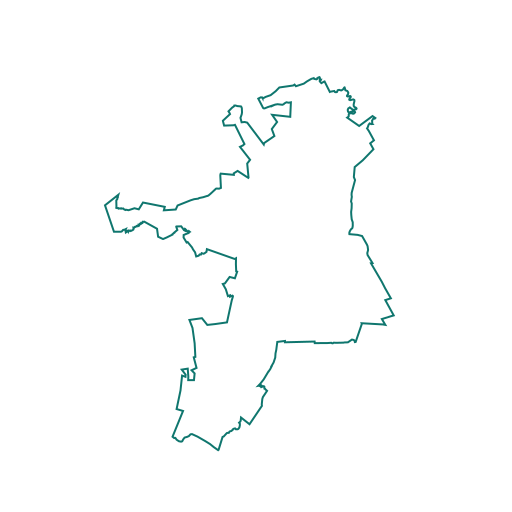 Ixtlahuaca, México, Mexico, rotated 230°
{"feature_id": "50627088B15335958554476", "entity_name": "Ixtlahuaca", "entity_type": "district", "adm_level": 2, "iso_a3": "MEX", "parent_name": "Mexico", "parent_adm1": "México", "projection": "natural_earth1", "projection_center": [-99.782, 19.602], "detail": "fine", "context": "isolated", "style": "outline", "palette": "teal", "viewbox_px": 512, "rotation_deg": 230, "n_neighbors": 0, "source": "geoboundaries", "source_scale": "gbopen_adm2", "svg_char_len": 6148}
<svg xmlns="http://www.w3.org/2000/svg" viewBox="0 0 512 512"><g transform="rotate(230 256 256)"><path d="M332.1,422.0L334.0,418.7L334.2,418.0L345.5,420.7L345.6,420.4L345.8,420.4L346.4,417.2L348.8,417.1L349.5,418.0L349.1,418.7L349.3,419.1L350.0,418.2L351.0,419.2L351.6,419.5L352.2,419.6L352.7,418.4L352.6,417.8L352.8,417.3L352.3,416.9L352.5,415.8L354.2,414.5L355.1,414.6L355.2,414.0L355.7,413.4L356.2,411.9L357.0,407.2L357.3,403.4L360.4,395.7L362.5,395.7L362.7,394.1L370.1,382.2L369.6,377.0L369.8,370.6L371.7,365.6L372.2,363.0L372.9,362.8L372.7,362.6L373.1,362.7L374.5,361.6L375.1,358.9L364.8,356.6L364.0,356.9L363.5,357.6L362.5,360.7L360.4,366.1L360.3,365.8L359.8,367.6L358.5,370.0L354.9,373.4L354.5,374.7L354.6,375.9L354.2,378.1L352.4,379.6L351.3,381.5L340.6,371.7L353.8,359.1L345.1,358.3L343.1,349.7L336.1,347.2L337.3,334.8L336.4,333.6L363.8,335.0L365.9,333.5L367.7,330.9L371.8,332.9L373.7,336.1L375.0,337.6L378.4,340.2L380.0,340.7L380.3,340.6L382.8,338.1L384.5,337.0L385.2,336.1L384.8,335.4L385.0,333.1L384.5,327.9L382.8,327.7L381.4,327.3L380.9,317.6L380.4,317.3L376.4,315.4L370.6,322.8L370.0,324.2L349.2,319.1L349.1,317.1L349.9,313.9L333.5,313.3L332.5,308.7L320.9,300.7L320.8,300.3L333.0,296.6L333.6,292.1L332.4,291.2L341.8,281.9L341.4,281.2L340.5,280.3L330.7,272.9L331.3,271.0L333.0,269.2L333.3,268.6L332.9,261.0L332.9,258.7L333.1,257.6L333.4,257.2L335.0,253.3L336.9,249.8L337.1,248.6L339.3,245.1L340.7,241.7L345.1,228.4L343.2,224.4L350.2,214.8L352.3,217.7L369.6,203.8L367.1,196.2L370.7,193.6L373.0,187.8L375.1,186.1L375.2,185.5L376.6,184.9L377.8,184.8L378.4,183.8L379.2,183.4L379.1,183.0L380.3,181.9L380.6,181.2L381.4,181.2L381.9,180.4L382.7,179.9L383.5,180.8L388.4,184.7L388.7,186.2L389.5,187.0L389.6,187.7L390.6,188.7L391.4,189.9L391.9,172.9L365.9,162.8L361.4,168.1L361.1,169.1L361.4,171.0L360.6,172.3L360.3,173.6L359.7,172.5L357.9,171.5L358.0,172.7L357.5,172.6L357.5,173.5L357.9,173.9L357.5,174.7L356.8,174.3L357.0,174.8L356.8,175.3L355.9,175.8L356.0,176.4L355.5,176.6L355.1,178.3L355.1,179.1L355.5,179.3L355.8,180.0L356.6,180.4L356.0,181.0L356.2,181.9L355.8,182.3L355.7,183.1L355.3,183.7L355.7,184.0L355.4,185.0L354.4,185.4L354.5,186.0L355.1,186.3L354.8,186.5L354.8,187.0L355.3,187.2L355.3,187.5L354.8,187.4L354.7,188.1L355.0,188.3L355.2,189.0L354.5,189.1L354.5,189.7L354.3,190.1L354.8,190.5L355.1,191.2L354.2,192.1L354.1,192.5L340.5,197.7L333.7,193.4L328.9,195.6L328.7,195.8L327.6,199.5L326.1,205.7L326.4,205.9L326.3,208.2L326.5,208.2L326.5,212.5L329.7,213.7L329.8,214.0L326.8,217.8L322.3,217.5L322.1,217.9L322.6,219.0L322.4,219.1L320.8,219.2L321.0,217.9L320.2,218.2L320.0,219.2L319.2,219.2L318.6,219.9L317.8,219.6L318.2,220.6L317.1,220.8L317.4,219.4L317.0,219.2L318.6,214.1L316.7,212.4L310.9,211.5L310.6,212.6L303.7,212.5L301.5,212.0L298.0,211.7L294.1,209.9L293.1,212.2L293.4,213.8L292.5,214.7L293.1,216.2L291.6,217.1L291.2,218.0L291.0,220.7L292.8,222.8L268.4,237.2L267.3,237.9L267.1,239.2L262.6,235.3L257.0,231.0L256.1,231.5L252.5,225.5L256.9,222.3L255.0,214.6L255.9,212.6L249.9,211.5L243.3,208.7L242.6,210.8L241.5,210.0L240.9,212.4L240.4,212.6L239.8,212.3L237.6,208.9L223.8,191.1L230.1,181.0L234.5,174.4L243.1,174.6L249.8,163.9L241.7,161.1L228.6,152.9L217.7,144.7L218.4,143.2L208.5,138.5L209.9,133.2L205.5,133.5L200.8,128.7L204.5,124.3L207.2,126.7L213.6,131.3L216.7,126.1L210.3,125.8L208.8,124.3L211.9,122.5L201.5,111.7L189.8,96.8L184.2,100.5L171.2,75.9L169.1,76.3L168.8,77.1L168.4,77.3L166.3,77.1L163.6,77.9L161.9,79.3L161.5,80.4L162.3,82.3L162.8,84.6L161.7,87.0L161.2,88.8L161.5,91.2L160.7,92.5L155.2,95.1L146.7,98.2L141.5,99.9L136.8,100.8L131.6,102.2L131.6,102.8L138.9,114.1L138.5,115.3L139.1,119.7L139.0,120.2L138.0,121.5L138.5,122.7L138.4,123.4L137.8,124.6L137.8,126.3L138.0,126.4L138.1,127.0L138.0,127.8L137.7,128.6L137.3,129.2L136.2,129.2L135.1,130.5L134.9,131.3L135.3,133.0L136.5,134.6L137.8,135.8L139.2,135.9L139.2,137.3L139.6,138.3L141.9,140.7L131.3,142.9L137.4,164.2L138.6,165.0L142.4,168.9L143.5,170.6L145.6,177.8L147.8,177.5L148.3,177.6L149.0,177.2L150.5,178.4L151.3,178.3L151.5,178.0L151.6,177.3L152.6,176.9L152.8,177.1L153.6,176.9L153.6,176.5L153.3,176.3L152.5,176.4L152.1,176.0L152.2,175.7L152.8,175.8L153.9,175.3L154.4,175.5L155.1,174.3L155.4,177.1L156.5,182.5L159.5,191.2L159.4,191.3L160.2,194.2L161.4,197.0L161.6,196.9L163.1,201.0L165.8,205.4L168.9,208.4L171.0,211.1L176.5,217.1L172.3,223.6L171.3,222.7L152.8,245.9L151.5,245.0L143.6,254.5L141.1,257.9L140.6,258.0L140.0,258.4L139.7,258.9L139.7,259.7L137.8,261.8L133.4,267.3L133.0,268.1L130.8,270.9L130.3,275.8L128.8,276.9L127.8,277.0L126.5,276.4L126.1,277.1L136.0,293.5L136.6,293.7L122.1,309.1L120.1,310.8L126.8,311.9L122.0,323.3L139.1,326.7L136.9,332.1L148.4,334.2L155.4,335.8L176.5,339.4L175.7,340.7L185.0,342.1L186.7,343.1L188.3,345.4L188.8,345.9L191.8,347.8L193.4,348.3L203.1,350.1L206.9,347.4L212.7,341.6L213.7,342.3L214.6,343.6L215.4,345.8L215.4,347.5L215.7,348.1L216.9,349.5L219.7,351.8L222.6,352.9L226.1,355.3L228.6,357.2L231.2,360.0L234.7,363.1L236.7,363.9L239.7,367.4L241.4,368.5L242.9,369.9L250.5,380.7L253.6,381.7L260.7,388.8L260.7,399.3L262.3,414.6L268.9,415.9L268.8,420.7L279.3,422.8L282.4,423.1L282.6,424.0L284.2,426.7L284.5,428.3L283.0,429.0L282.2,430.1L282.8,430.1L284.0,431.2L285.0,431.8L285.8,434.0L285.6,434.9L284.9,435.2L285.0,436.1L288.3,435.2L289.3,418.6L303.4,414.8L303.3,416.2L303.5,416.9L304.9,418.1L305.1,418.5L305.2,419.2L303.8,421.1L302.7,421.7L302.2,422.4L302.3,424.2L303.0,424.5L303.9,424.3L304.8,422.4L305.4,421.5L305.9,420.1L306.2,419.6L306.8,419.3L307.6,419.4L308.7,420.0L309.2,420.5L309.7,421.6L309.5,423.4L308.2,423.6L307.3,424.0L306.4,423.9L305.2,424.2L305.1,425.3L304.1,426.9L304.2,427.7L304.5,427.9L305.3,427.9L306.9,427.2L308.1,427.3L309.4,428.3L311.5,431.1L312.4,431.6L313.4,431.2L313.8,430.5L314.7,428.5L315.0,428.2L315.8,427.9L316.2,428.3L316.8,430.6L317.3,431.1L317.7,431.1L318.1,430.9L318.8,429.3L319.5,428.6L320.0,428.5L320.4,428.9L320.8,430.5L321.4,431.3L322.0,431.8L323.7,432.0L325.5,431.0L327.8,432.1L328.2,432.2L328.3,431.8L327.7,429.9L327.9,428.0L328.3,427.5L329.8,426.5L330.4,425.4L330.4,425.0L329.6,423.6L329.7,423.1L330.3,422.3L330.8,421.9L332.1,422.0Z" fill="none" stroke="#0f766e" stroke-width="2"/></g></svg>